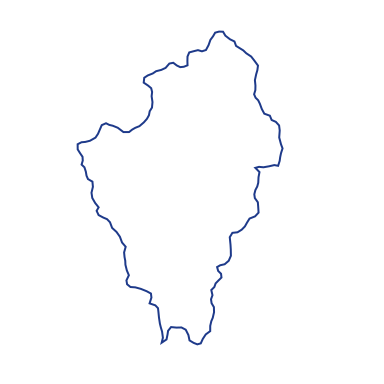 Santa Margarida, Minas Gerais, Brazil (orthographic projection), rotated 346°
{"feature_id": "56859067B76164220715303", "entity_name": "Santa Margarida", "entity_type": "district", "adm_level": 2, "iso_a3": "BRA", "parent_name": "Brazil", "parent_adm1": "Minas Gerais", "projection": "orthographic", "projection_center": [-42.268, -20.439], "detail": "fine", "context": "isolated", "style": "outline", "palette": "blue", "viewbox_px": 384, "rotation_deg": 346, "n_neighbors": 0, "source": "geoboundaries", "source_scale": "gbopen_adm2", "svg_char_len": 2454}
<svg xmlns="http://www.w3.org/2000/svg" viewBox="0 0 384 384"><g transform="rotate(346 192 192)"><path d="M176.0,331.4L177.3,326.3L179.5,322.0L181.7,319.1L184.3,314.0L185.4,309.0L184.1,304.7L184.5,300.7L186.9,297.1L187.0,291.8L190.7,289.6L192.8,286.4L196.2,284.3L199.9,282.1L200.4,278.4L198.3,274.9L198.2,270.9L201.7,269.9L206.2,270.0L211.0,267.6L214.3,263.3L215.7,257.3L216.6,252.5L217.7,245.0L221.3,241.4L226.4,242.1L231.1,240.6L235.0,238.2L238.0,235.0L241.4,231.7L247.3,230.9L251.6,228.1L252.7,222.1L253.4,217.9L251.5,213.1L251.9,209.3L254.0,205.4L256.6,202.5L258.5,199.1L260.1,193.8L262.3,189.0L259.3,183.9L263.1,183.8L267.3,185.3L273.0,185.7L278.4,185.8L281.9,187.4L284.6,183.0L286.0,179.5L287.8,175.8L290.4,171.6L289.9,167.2L289.8,160.2L292.0,153.5L292.6,148.5L290.3,144.2L286.7,141.4L286.0,136.8L281.1,133.5L279.8,128.3L279.2,122.8L278.4,119.0L276.5,115.9L275.9,112.2L278.1,108.5L279.3,104.1L280.1,98.7L282.8,93.2L284.9,89.6L286.6,85.3L284.4,79.9L282.2,74.9L278.2,70.5L276.0,67.0L272.9,63.8L270.1,60.9L269.6,56.2L265.8,53.0L262.2,48.4L260.9,44.0L257.1,42.9L253.0,43.0L250.1,46.0L246.7,48.8L243.6,53.5L239.9,57.6L235.7,57.9L232.1,55.8L227.6,55.8L223.1,55.9L220.4,59.5L219.2,63.9L218.3,68.0L214.4,68.5L210.8,68.0L207.9,65.6L205.1,62.1L201.1,61.9L196.4,65.2L191.7,66.1L186.4,66.1L182.6,67.5L177.3,68.2L173.3,69.6L171.6,74.2L175.2,78.2L177.5,81.4L177.5,85.3L176.0,89.3L175.4,95.2L173.6,100.4L170.5,103.4L168.8,107.1L166.0,110.1L162.1,112.8L156.9,115.4L152.5,116.0L149.0,117.0L145.5,118.6L140.0,117.3L135.5,111.7L131.1,108.5L128.0,106.9L125.2,104.5L120.6,105.3L117.4,109.5L114.9,112.8L111.5,115.9L105.4,117.6L100.6,117.6L96.8,117.0L92.6,118.0L91.4,123.0L92.8,127.3L94.3,131.4L93.6,135.1L91.5,138.7L93.6,142.0L93.9,146.6L93.6,150.7L94.2,154.3L97.9,157.9L97.1,163.0L94.3,168.4L93.8,173.7L95.4,179.3L97.7,184.3L94.9,187.2L95.8,191.8L99.8,195.4L103.0,197.8L105.1,201.5L105.8,207.5L109.1,212.5L111.2,217.9L111.9,224.1L114.4,229.1L111.5,234.2L110.8,238.8L110.6,242.6L109.8,246.5L109.8,252.3L110.6,257.5L107.0,261.9L106.7,265.8L109.3,269.3L113.9,270.8L118.9,273.6L124.0,277.3L127.6,280.6L127.1,284.6L123.9,289.8L129.0,293.1L130.9,296.5L130.4,300.3L129.6,305.7L129.0,312.0L129.0,315.8L129.2,320.2L128.5,326.4L126.1,330.9L131.6,328.9L133.8,324.3L135.2,320.9L139.0,318.0L144.1,319.8L149.0,320.9L152.6,324.1L153.9,329.9L153.7,335.4L157.1,338.8L160.3,341.1L163.9,341.0L166.9,337.2L170.9,333.5L176.0,331.4Z" fill="none" stroke="#1e3a8a" stroke-width="2"/></g></svg>